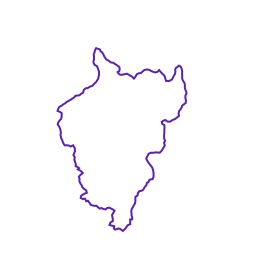 Jacuí, Minas Gerais, Brazil (Robinson projection), rotated 148°
{"feature_id": "56859067B14406788913482", "entity_name": "Jacuí", "entity_type": "district", "adm_level": 2, "iso_a3": "BRA", "parent_name": "Brazil", "parent_adm1": "Minas Gerais", "projection": "robinson", "projection_center": [-46.738, -21.024], "detail": "fine", "context": "isolated", "style": "outline", "palette": "violet", "viewbox_px": 256, "rotation_deg": 148, "n_neighbors": 0, "source": "geoboundaries", "source_scale": "gbopen_adm2", "svg_char_len": 3242}
<svg xmlns="http://www.w3.org/2000/svg" viewBox="0 0 256 256"><g transform="rotate(148 128 128)"><path d="M205.2,93.8L204.0,91.7L202.0,91.0L202.2,88.0L200.5,87.5L200.3,84.9L200.3,82.5L198.8,80.8L197.4,79.6L196.0,78.8L195.4,76.6L194.6,74.6L192.8,74.1L191.9,72.5L190.1,70.8L188.3,71.2L186.2,70.5L184.9,68.4L183.9,66.8L183.3,64.9L185.5,63.8L187.7,62.6L188.4,60.8L189.1,58.9L190.2,57.1L191.9,57.2L193.4,56.9L195.1,55.5L193.5,53.8L191.7,52.1L193.2,50.4L192.7,48.6L190.9,48.2L189.3,47.9L187.9,46.2L186.9,43.4L184.7,43.8L182.4,44.5L179.9,45.7L177.1,45.3L175.7,47.5L174.7,49.3L172.9,48.3L171.9,49.8L171.4,51.7L170.4,53.5L169.4,55.6L167.7,57.4L165.5,58.4L163.9,59.5L161.9,60.4L160.2,62.5L159.2,64.2L158.1,65.7L155.8,65.7L153.8,67.8L151.7,68.4L149.0,67.4L147.2,67.9L145.2,69.1L142.8,69.7L141.0,71.5L139.4,71.2L138.1,72.4L136.2,72.5L134.3,71.6L132.5,72.8L130.7,75.4L129.5,77.7L128.8,79.9L128.4,81.9L128.7,84.7L129.0,87.5L129.0,89.9L128.8,92.3L126.4,93.9L124.1,95.2L121.7,94.9L119.4,93.4L117.8,92.9L116.1,91.7L114.3,90.3L112.5,90.6L110.1,91.5L108.2,92.6L106.1,93.6L105.3,96.3L103.4,97.4L102.8,100.2L101.3,102.7L99.6,104.9L98.2,107.1L96.8,109.1L95.6,111.3L96.8,113.4L96.1,115.4L93.9,115.4L92.1,115.0L91.1,112.5L89.0,111.1L86.8,111.2L85.2,111.0L83.1,110.7L80.4,111.0L78.3,111.3L77.6,113.3L75.6,115.3L73.1,116.2L71.5,117.1L70.3,118.2L68.5,118.4L65.7,118.7L64.2,120.7L63.4,123.2L61.9,125.3L60.2,126.1L59.4,127.9L59.1,129.7L58.6,131.9L57.3,133.7L56.2,136.3L56.3,139.3L55.7,141.6L54.4,143.4L53.6,145.1L52.1,147.1L51.1,149.7L50.8,152.1L51.7,153.9L53.4,153.6L55.5,153.5L57.0,152.6L58.0,150.6L59.4,149.0L61.1,148.2L62.9,147.1L64.9,145.9L67.1,145.9L68.8,146.3L70.8,147.8L70.1,150.2L69.4,152.9L70.1,155.8L70.6,158.2L70.9,160.6L73.1,160.0L75.1,160.5L76.8,162.1L78.2,164.2L79.3,166.2L81.1,167.7L83.5,168.5L85.7,168.2L87.9,167.8L90.0,168.7L92.1,168.9L94.6,167.5L96.8,166.8L97.3,169.4L98.8,172.0L100.0,174.5L102.7,175.6L105.4,176.5L106.9,178.0L107.2,180.9L105.3,180.9L104.0,182.1L103.0,184.4L104.1,187.0L105.1,189.2L105.8,191.0L107.7,192.6L108.8,195.5L110.1,197.6L110.2,200.5L109.9,203.8L109.8,205.8L110.6,207.6L110.2,209.5L111.5,211.0L112.7,212.6L114.8,211.4L116.5,209.7L118.1,208.5L118.9,206.8L119.8,205.2L120.8,203.9L122.3,202.5L122.8,200.8L122.8,199.0L121.5,196.9L122.1,193.8L122.8,191.0L124.4,188.4L125.8,187.0L127.2,185.6L129.0,184.7L130.5,184.0L132.5,183.5L134.2,183.2L136.1,182.6L137.7,183.1L139.4,183.3L141.0,183.2L142.5,184.0L145.2,183.8L147.3,181.8L150.0,181.8L151.7,181.5L153.7,182.3L155.5,183.2L157.2,182.5L158.9,182.4L160.9,182.4L163.2,182.4L165.6,182.6L168.1,182.3L170.3,182.3L172.6,182.1L175.1,182.3L176.9,181.3L178.7,179.8L177.3,177.9L176.3,175.9L177.2,174.4L178.5,172.4L180.1,171.1L182.0,170.6L184.0,169.8L185.7,168.3L185.6,165.4L186.2,162.4L187.3,159.8L189.0,157.7L190.0,154.9L190.3,152.5L190.9,149.5L190.9,146.8L189.4,146.0L187.7,144.8L186.4,142.7L183.7,142.4L183.8,139.2L185.3,136.3L187.0,135.2L188.6,134.0L188.6,131.4L190.3,129.6L190.9,127.0L191.5,124.7L192.6,123.4L191.6,121.8L190.8,119.9L192.4,119.5L190.8,116.6L190.2,113.8L193.3,113.4L195.5,112.7L196.0,110.7L197.4,108.7L197.8,105.9L197.6,104.0L198.1,102.2L197.7,100.2L196.5,97.3L197.2,94.9L199.6,95.3L201.7,95.5L203.7,95.3L205.2,93.8Z" fill="none" stroke="#5b21b6" stroke-width="2"/></g></svg>